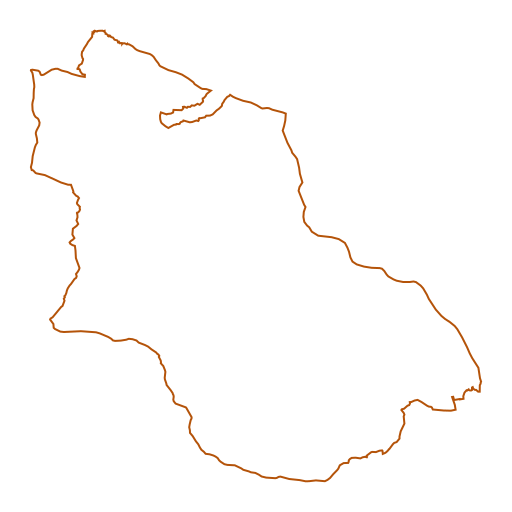 Petrova, Maramures, Romania
{"feature_id": "2599482B68695262569516", "entity_name": "Petrova", "entity_type": "district", "adm_level": 2, "iso_a3": "ROU", "parent_name": "Romania", "parent_adm1": "Maramures", "projection": "equal_earth", "projection_center": [24.184, 47.831], "detail": "fine", "context": "isolated", "style": "outline", "palette": "amber", "viewbox_px": 512, "rotation_deg": 0, "n_neighbors": 0, "source": "geoboundaries", "source_scale": "gbopen_adm2", "svg_char_len": 5863}
<svg xmlns="http://www.w3.org/2000/svg" viewBox="0 0 512 512"><path d="M479.7,391.7L479.8,385.2L480.6,383.7L480.7,382.4L481.1,381.7L480.0,378.3L478.4,367.8L472.2,358.1L469.7,353.3L467.1,347.3L462.1,337.4L457.3,329.2L454.7,326.0L449.9,322.1L445.1,319.0L441.4,315.9L435.8,309.6L428.8,298.9L426.9,294.7L423.2,288.4L420.7,285.6L416.0,282.1L413.5,281.5L409.8,282.0L403.1,282.0L396.6,280.7L393.5,279.4L388.3,276.4L386.6,274.5L384.3,271.0L382.0,268.7L379.7,268.1L371.6,267.8L364.0,266.6L356.7,264.4L352.5,261.6L350.4,257.4L349.0,251.7L347.4,247.6L344.9,242.9L338.8,239.1L331.6,237.2L318.2,235.7L311.8,231.7L309.2,227.3L307.1,225.6L304.3,221.9L303.4,216.9L303.8,211.9L305.5,207.0L304.1,204.7L298.6,190.8L299.5,187.0L302.4,182.5L299.9,173.8L299.1,167.7L297.1,159.1L295.4,156.6L292.2,152.8L291.4,150.3L287.4,142.7L282.7,130.6L284.1,126.0L285.3,120.5L285.8,113.6L282.7,112.4L272.3,109.7L269.0,108.2L266.9,108.0L262.5,108.5L261.3,108.1L256.8,105.3L250.8,102.5L243.1,100.8L235.8,98.1L232.9,96.7L230.1,94.8L229.0,96.1L227.3,96.8L224.5,100.1L223.7,101.8L222.2,103.8L221.9,105.7L221.6,106.2L218.9,108.8L216.6,110.4L212.7,114.4L210.0,115.6L206.2,115.7L205.0,117.3L200.5,118.2L199.3,118.1L198.8,118.6L198.8,120.3L198.3,121.0L196.3,120.5L192.2,122.0L189.8,122.3L183.4,120.5L183.0,121.3L180.8,122.1L180.1,122.8L179.8,123.7L179.0,124.1L176.4,124.0L176.0,124.6L174.0,124.8L168.3,128.0L165.4,126.2L161.7,123.2L160.9,121.8L160.2,119.2L160.0,115.6L160.9,112.4L166.7,114.4L167.1,114.0L170.8,113.6L173.1,112.5L173.5,109.9L181.6,110.2L183.3,108.5L183.0,106.9L184.2,106.7L186.9,107.8L187.8,106.8L190.2,106.9L191.7,105.4L194.4,105.7L197.5,103.8L199.7,104.8L202.9,101.8L203.1,101.0L202.7,99.6L202.7,98.5L203.7,98.1L205.6,96.1L206.4,94.4L207.0,93.7L210.9,90.6L206.3,89.1L202.3,88.9L200.8,88.2L194.6,84.1L193.4,82.3L188.3,78.5L182.0,74.6L175.8,72.2L168.4,70.1L160.3,66.2L159.4,65.3L158.4,63.4L156.0,60.4L153.6,56.8L151.7,55.1L149.8,54.0L139.6,51.1L137.1,50.1L135.4,49.0L132.6,46.3L129.2,44.4L127.6,44.2L127.4,43.7L126.7,44.3L125.4,43.6L124.1,43.2L123.3,43.4L123.0,42.9L123.1,42.6L122.2,43.8L122.2,43.2L121.2,43.0L120.0,43.3L119.2,42.1L118.8,42.7L118.0,42.5L117.8,41.3L117.2,40.4L114.5,39.7L113.0,37.6L111.2,37.1L110.3,36.0L108.9,36.5L108.3,36.2L108.8,35.4L108.0,35.3L106.9,34.3L105.6,33.8L105.7,33.1L104.7,32.0L104.6,30.8L103.5,31.2L102.5,30.7L99.2,30.8L97.6,31.0L97.0,31.5L94.6,30.7L93.5,31.4L93.4,31.6L93.8,32.1L92.8,32.3L93.3,32.8L93.4,33.6L92.3,33.8L92.1,36.9L88.0,42.0L86.9,44.1L83.9,48.6L83.2,50.4L82.1,51.7L81.7,54.1L81.7,55.4L82.5,58.2L83.1,59.0L83.0,60.1L81.8,63.6L79.0,65.4L78.2,67.8L77.5,68.4L77.5,69.0L79.5,69.2L80.0,70.1L80.3,71.5L82.4,74.2L84.9,74.7L84.8,76.9L79.7,76.1L71.6,73.9L67.5,72.0L61.7,70.6L57.7,68.8L55.4,68.8L51.7,69.7L43.7,74.7L41.8,75.1L40.8,74.7L39.6,71.7L38.2,70.7L32.4,69.7L31.0,70.0L30.9,70.5L32.3,72.6L32.8,74.7L34.2,84.6L34.3,87.1L33.9,89.2L33.7,92.9L33.6,98.2L32.6,102.2L32.3,104.4L32.6,110.3L34.3,115.1L35.6,117.0L37.8,118.5L38.5,119.5L39.6,122.6L39.2,125.4L36.6,130.4L35.9,132.4L35.8,133.8L36.9,138.4L37.3,142.6L35.9,144.8L34.9,147.3L32.7,156.1L32.0,162.8L30.9,167.1L31.7,170.1L32.7,170.2L33.4,170.6L35.6,173.0L36.6,173.4L44.9,175.1L61.0,182.5L68.0,184.7L71.0,184.8L73.4,191.4L73.1,192.4L76.2,195.8L77.7,196.5L79.0,198.1L78.0,199.9L76.9,203.0L77.3,204.2L79.9,206.8L79.6,207.9L80.0,209.6L79.4,211.0L78.2,212.4L77.0,212.7L76.9,213.0L77.4,215.0L77.5,217.3L76.5,220.4L78.2,224.0L76.6,225.9L72.9,228.7L72.4,234.6L74.4,238.1L73.2,239.4L71.0,240.9L69.6,242.4L70.2,243.7L72.4,245.1L74.9,245.9L75.5,250.5L75.9,258.1L79.5,268.0L79.0,269.6L77.8,271.7L76.0,274.0L76.7,276.2L76.1,277.9L74.5,279.0L71.0,284.0L69.6,285.5L67.8,288.3L66.9,290.5L66.3,293.1L65.2,295.6L64.4,296.2L64.8,297.4L63.8,298.7L64.5,300.7L62.5,306.0L61.2,306.9L52.6,317.3L50.5,318.6L50.1,319.6L53.4,324.0L53.7,327.8L55.0,329.0L60.3,331.6L63.9,332.0L80.9,331.2L96.1,332.3L99.8,333.4L108.3,337.0L111.3,338.8L112.9,340.4L115.1,340.9L120.8,340.6L126.3,339.7L128.8,338.8L132.5,339.2L136.5,340.5L138.7,342.6L144.9,345.0L148.1,346.6L151.4,349.3L156.2,352.5L157.3,353.9L158.3,354.4L159.3,355.9L158.8,356.9L160.7,360.5L161.0,362.3L160.8,363.3L163.3,366.0L165.0,370.3L165.4,371.9L164.7,377.8L164.9,379.4L166.3,383.4L166.6,385.0L170.7,390.2L172.7,393.2L172.9,394.2L173.5,395.2L173.7,396.8L173.3,399.6L173.7,401.2L175.6,403.6L185.9,407.4L186.5,408.2L191.6,417.2L191.5,418.6L190.7,420.1L189.7,424.3L189.2,427.2L189.9,430.3L190.0,432.9L192.7,436.1L195.9,441.3L198.3,444.3L199.9,447.5L201.4,449.8L203.9,451.8L205.6,453.8L209.6,454.3L213.4,455.5L215.6,456.6L217.7,458.1L219.1,460.3L220.6,461.7L224.4,464.2L227.4,464.9L234.8,465.3L241.3,468.4L243.3,469.8L248.9,471.4L250.9,472.3L255.3,472.9L258.9,474.7L261.6,476.5L266.2,477.6L275.3,478.2L276.8,477.9L278.6,476.9L280.4,476.6L289.2,479.0L299.7,480.1L305.7,481.3L309.0,481.2L315.9,480.4L324.9,481.2L327.5,479.9L330.1,477.9L333.2,474.2L337.2,470.1L338.3,468.7L339.8,465.3L343.6,463.1L348.2,462.9L348.7,461.7L348.8,460.3L349.9,459.0L351.7,457.9L355.6,457.7L360.4,458.4L362.6,457.3L365.1,456.8L367.6,457.5L366.7,456.7L366.5,456.1L366.9,455.5L371.2,452.2L372.2,451.9L375.9,452.1L379.5,450.7L382.1,450.4L382.5,450.9L382.8,453.9L385.2,452.9L386.2,452.2L387.8,450.7L388.9,449.2L389.2,449.2L392.9,444.2L394.2,442.9L396.6,442.1L399.5,438.6L399.5,436.5L400.7,431.3L404.4,423.6L403.7,416.4L404.4,414.6L403.7,412.9L401.4,410.0L401.8,409.3L404.1,408.7L407.5,405.7L409.2,405.1L410.0,403.5L409.8,402.1L411.3,402.0L414.6,400.5L417.6,399.9L421.5,402.0L427.2,405.8L428.9,406.6L430.9,406.8L431.9,407.5L432.8,409.5L443.6,410.5L450.9,410.7L455.6,409.7L454.8,404.8L452.1,397.0L453.2,396.8L454.1,400.0L459.8,399.0L459.9,399.4L463.5,398.8L463.3,396.2L464.5,392.6L466.5,390.3L467.0,390.6L468.6,389.4L468.9,390.1L469.8,390.4L471.1,390.5L472.0,390.0L472.0,387.5L472.7,387.1L473.1,388.3L474.0,389.3L475.0,389.9L476.1,389.9L478.2,391.7L479.7,391.7Z" fill="none" stroke="#b45309" stroke-width="2"/></svg>